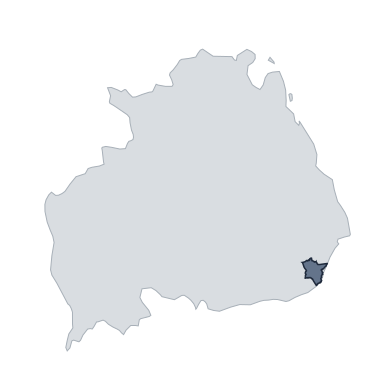 Thma Puok, Bântéay Méanchey, Cambodia shown in context, rotated 172°
{"feature_id": "14789045B61404286718051", "entity_name": "Thma Puok", "entity_type": "district", "adm_level": 2, "iso_a3": "KHM", "parent_name": "Cambodia", "parent_adm1": "Bântéay Méanchey", "projection": "robinson", "projection_center": [103.024, 14.034], "detail": "fine", "context": "in_parent", "style": "filled", "palette": "slate", "viewbox_px": 384, "rotation_deg": 172, "n_neighbors": 0, "source": "geoboundaries", "source_scale": "gbopen_adm2", "svg_char_len": 5738}
<svg xmlns="http://www.w3.org/2000/svg" viewBox="0 0 384 384"><g transform="rotate(172 192 192)"><path d="M337.7,52.0L338.6,55.6L336.2,62.4L333.7,68.6L328.9,74.0L328.7,77.9L327.1,89.7L327.8,93.5L328.9,96.7L330.5,98.4L334.7,110.0L338.5,120.5L342.3,129.2L342.9,134.6L339.6,148.5L335.6,161.2L336.0,167.6L337.7,173.9L339.6,182.4L340.3,193.2L339.4,200.2L337.6,204.6L334.2,209.1L331.2,211.4L327.5,207.6L324.6,207.4L320.8,208.6L317.7,210.3L311.6,216.9L304.7,223.3L295.2,225.0L291.6,229.7L287.6,230.4L280.1,230.6L275.2,231.8L275.4,234.1L275.1,245.4L275.2,248.1L274.4,248.8L271.0,249.1L265.3,247.4L257.5,244.6L251.9,244.2L249.1,249.1L247.4,251.0L245.3,251.3L243.1,252.2L242.3,254.4L242.2,257.1L243.3,261.8L243.7,269.3L243.4,274.4L245.4,277.6L257.4,288.5L260.9,291.2L261.3,292.8L259.2,298.7L261.1,307.0L257.4,306.8L251.2,303.3L248.2,301.1L244.6,302.8L243.3,302.5L240.9,298.4L237.7,294.2L234.4,294.0L227.5,295.6L220.4,296.8L217.7,296.7L216.6,297.5L212.5,303.7L210.7,302.6L203.6,300.3L197.1,299.4L195.7,301.0L196.5,306.0L198.0,310.9L197.1,313.0L193.6,315.6L188.8,320.3L185.9,323.9L183.9,324.8L176.7,324.7L169.5,325.1L166.7,328.6L164.0,331.3L161.6,332.0L152.2,323.5L133.6,320.5L131.6,316.8L129.8,316.1L128.1,320.9L117.8,325.6L113.5,322.8L110.4,319.4L110.9,315.2L113.8,311.8L118.9,309.3L121.2,300.8L117.4,289.8L114.0,286.6L110.4,284.0L106.6,288.1L103.5,295.1L100.2,298.7L95.5,299.5L88.7,299.2L86.0,288.8L85.1,279.8L86.0,269.6L87.1,263.6L80.5,255.2L80.1,247.3L77.0,243.2L76.0,245.2L76.1,247.5L75.2,245.9L64.8,222.5L63.1,211.7L64.9,203.4L65.9,200.6L62.9,196.2L58.7,191.2L51.3,184.7L50.8,174.4L49.1,162.2L46.9,158.1L43.5,150.6L41.7,144.4L41.1,128.0L42.0,126.7L47.3,126.2L54.0,125.0L55.1,122.4L53.9,120.2L58.2,116.4L64.4,108.3L69.2,99.8L72.7,94.4L74.7,89.1L81.7,81.5L91.3,76.3L97.8,75.1L104.6,73.3L111.1,70.8L114.2,70.5L122.2,73.6L126.6,74.4L131.2,74.3L135.9,74.7L140.1,74.3L150.0,72.2L160.4,73.9L169.8,72.6L181.4,70.1L187.1,71.7L192.3,74.1L193.0,79.1L194.2,81.4L196.0,83.2L198.3,83.2L201.2,79.7L203.7,76.1L204.5,75.4L204.6,77.2L205.8,81.1L208.1,84.9L210.3,87.5L214.0,90.8L216.5,91.0L224.4,87.8L236.3,92.5L237.7,94.8L241.5,99.5L245.7,102.9L255.0,103.1L258.3,94.8L256.6,89.7L251.3,80.9L249.9,75.6L251.6,74.7L260.5,73.7L262.0,72.7L263.9,66.9L266.3,67.6L271.3,68.3L276.5,64.4L279.6,60.3L281.3,62.2L283.2,65.1L285.2,66.7L289.0,69.2L293.2,72.7L295.8,76.1L297.9,77.5L303.2,76.5L304.6,76.6L307.7,72.5L309.8,70.2L311.7,70.9L314.4,70.8L319.9,65.5L323.0,60.7L324.8,59.4L329.8,61.8L331.7,61.3L334.6,54.6L337.7,52.0ZM82.5,275.0L81.5,275.6L80.5,275.6L79.5,274.7L79.6,270.9L80.3,268.6L82.0,268.2L82.5,275.0ZM98.1,311.9L96.0,314.5L92.7,309.3L92.7,307.8L98.1,311.9Z" fill="#d9dde1" stroke="#a8b0b8" stroke-width="1"/><path d="M91.5,102.0L91.2,101.3L90.9,100.6L90.2,99.5L89.7,98.4L89.6,98.2L89.7,97.9L89.8,97.9L90.0,97.8L90.1,97.7L90.3,97.6L90.6,97.3L90.6,97.1L90.7,96.9L91.0,96.4L91.0,96.1L91.1,95.7L91.1,95.4L91.0,95.2L90.6,94.8L90.5,94.5L90.7,94.2L90.9,94.1L91.1,93.9L91.2,93.7L91.3,93.6L91.3,93.4L91.3,93.2L91.4,92.9L91.4,92.7L91.5,92.3L91.6,92.0L91.8,91.4L91.9,91.1L91.9,90.9L91.7,90.9L91.6,91.0L91.3,91.0L91.2,90.9L90.8,91.0L90.7,91.1L90.4,91.1L90.2,91.1L89.9,91.1L89.8,90.9L89.7,90.9L89.3,90.7L89.2,90.7L89.0,90.9L88.9,91.0L88.8,90.9L88.6,90.7L88.4,90.7L88.3,90.8L88.1,90.8L87.9,90.9L87.7,90.8L87.6,90.7L87.4,90.7L87.0,90.9L86.9,90.8L86.8,90.7L86.7,90.5L86.3,90.4L86.2,90.4L86.1,90.2L85.9,90.1L85.8,89.9L85.6,89.8L85.5,89.5L85.4,89.5L85.3,89.4L85.2,89.4L85.1,89.2L84.8,89.1L84.8,88.9L84.7,88.9L84.6,88.7L84.5,88.4L84.5,88.2L84.4,87.9L84.3,87.7L84.2,87.3L81.7,81.7L81.7,81.9L81.7,82.0L81.8,82.3L81.7,82.5L81.2,83.1L80.9,82.9L80.7,82.9L80.5,83.3L80.4,83.5L80.2,83.5L80.0,83.9L79.9,84.0L79.7,84.1L79.4,84.1L79.2,84.0L78.7,84.1L78.4,84.2L78.3,84.3L78.1,84.3L78.0,84.2L77.9,84.2L77.6,84.3L77.4,84.3L77.2,84.5L77.3,84.9L77.4,85.0L77.1,85.2L76.8,85.0L76.7,85.0L76.4,85.3L76.5,85.6L76.5,85.9L76.4,86.0L76.0,86.3L75.9,86.5L76.1,86.7L76.1,86.8L76.2,87.1L76.3,87.2L76.3,87.3L76.3,87.5L76.5,88.1L76.5,88.3L76.4,88.4L76.4,88.5L76.1,88.8L76.0,89.0L75.9,89.0L75.7,89.2L75.7,89.3L75.5,89.7L75.6,89.9L75.6,90.1L75.5,90.3L75.6,90.5L75.6,90.8L75.5,91.0L75.4,91.1L75.2,91.5L74.9,91.7L74.8,91.8L74.7,91.8L74.6,92.0L74.4,92.1L74.5,92.2L74.4,92.3L74.3,92.5L74.2,92.5L74.3,92.8L74.3,93.0L74.3,93.3L74.2,93.4L74.3,93.4L74.3,93.6L74.2,93.7L74.2,93.9L74.1,94.0L74.1,94.4L74.1,94.6L74.2,94.9L74.2,95.0L74.3,95.2L74.4,95.3L74.4,95.5L74.4,95.8L74.5,96.0L74.7,96.3L74.7,96.5L74.8,96.7L74.9,96.8L74.7,97.0L74.6,96.9L74.3,96.9L74.3,97.0L74.2,97.1L74.1,97.3L73.8,97.5L73.7,97.4L73.4,97.3L73.2,97.4L73.1,97.7L72.8,97.8L72.7,97.8L72.4,97.7L72.2,97.9L71.3,98.9L69.4,100.2L69.2,100.8L69.1,101.0L69.0,101.3L68.7,101.7L68.4,101.8L68.1,102.1L67.5,102.4L74.9,102.4L75.7,102.4L76.4,102.5L76.7,102.6L76.9,102.7L77.3,102.6L77.6,102.9L77.6,103.0L77.8,103.2L77.9,103.3L78.0,103.5L78.1,103.8L78.2,104.0L78.2,104.3L78.2,104.5L78.3,104.7L78.4,104.8L78.4,105.0L78.5,105.2L78.6,105.3L78.8,105.6L78.8,105.8L78.9,105.7L79.0,105.7L79.7,105.8L79.8,105.8L79.8,105.7L80.0,105.5L80.4,105.6L80.6,105.6L80.6,105.8L80.7,106.1L80.9,106.3L81.0,106.4L81.3,106.5L81.8,106.9L82.2,107.1L82.7,107.2L82.7,107.3L82.8,107.5L82.8,109.0L82.9,109.5L82.9,109.8L83.2,109.8L83.3,109.9L83.6,109.4L83.8,109.5L84.0,109.6L84.3,109.6L84.4,109.8L84.4,109.6L84.5,109.6L84.8,109.3L84.8,109.1L84.9,108.8L84.9,108.4L85.0,108.3L85.3,108.6L85.6,108.6L85.7,107.9L85.8,107.9L85.8,108.0L86.0,108.1L86.2,108.3L86.4,108.3L87.0,107.8L87.1,107.7L87.4,108.0L87.6,108.1L87.8,108.2L88.3,108.2L88.5,108.0L88.6,107.9L88.9,107.6L89.0,107.6L89.3,107.4L89.9,107.2L90.5,107.1L91.1,107.0L91.3,107.0L91.8,106.9L92.0,106.9L92.4,106.9L92.6,106.9L92.4,106.7L92.2,106.0L92.1,105.4L91.6,102.6L91.5,102.3L91.5,102.0Z" fill="#64748b" stroke="#1e293b" stroke-width="1.5"/></g></svg>